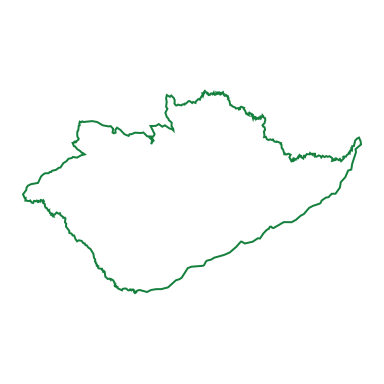 Orocué, Casanare, Colombia (Robinson projection)
{"feature_id": "7082276B28249229297744", "entity_name": "Orocué", "entity_type": "district", "adm_level": 2, "iso_a3": "COL", "parent_name": "Colombia", "parent_adm1": "Casanare", "projection": "robinson", "projection_center": [-71.616, 4.911], "detail": "fine", "context": "isolated", "style": "outline", "palette": "green", "viewbox_px": 384, "rotation_deg": 0, "n_neighbors": 0, "source": "geoboundaries", "source_scale": "gbopen_adm2", "svg_char_len": 5931}
<svg xmlns="http://www.w3.org/2000/svg" viewBox="0 0 384 384"><path d="M161.3,289.1L168.0,287.4L175.9,280.3L179.4,279.2L181.7,277.7L187.8,268.1L191.5,266.7L202.9,265.8L204.1,265.1L206.0,261.4L207.1,260.6L211.2,259.6L214.2,257.7L223.9,255.0L229.7,252.5L236.2,246.9L240.8,241.7L241.9,241.7L244.8,243.5L252.7,241.7L257.8,238.3L260.0,238.5L263.4,233.4L266.7,229.9L268.8,228.8L269.8,226.8L271.2,226.7L272.3,227.8L273.6,228.0L283.8,222.1L291.6,222.2L296.0,219.8L300.8,215.6L303.8,214.1L309.1,207.9L313.1,205.8L319.6,203.7L320.6,202.9L321.7,200.5L325.9,197.6L328.5,197.2L331.7,193.8L335.5,193.7L339.9,187.6L340.8,182.1L345.3,177.2L348.1,170.6L351.3,169.5L352.2,163.8L356.0,152.1L355.5,149.2L361.0,144.5L360.6,141.2L359.0,137.6L357.0,138.6L355.2,140.5L353.9,146.0L352.2,146.2L352.0,149.4L351.4,148.9L351.5,150.3L350.9,149.9L349.9,151.1L350.0,152.1L349.2,152.4L349.5,153.4L348.8,153.2L348.8,153.7L346.9,155.0L346.0,156.6L343.4,156.6L343.2,156.9L344.3,157.3L343.9,158.3L341.1,161.2L339.9,159.0L338.9,160.2L336.1,158.4L335.6,160.0L334.4,160.2L334.0,159.1L333.1,159.7L333.2,160.6L332.1,160.9L332.4,159.8L332.0,157.9L329.4,156.2L327.9,156.8L326.2,156.1L324.6,157.1L322.7,155.8L321.3,157.5L320.4,156.1L318.9,155.4L316.6,156.6L315.0,156.6L315.0,153.8L312.9,153.8L312.8,155.0L310.1,153.0L309.8,154.3L306.8,154.1L306.0,155.3L305.0,155.6L305.0,156.8L303.8,156.1L303.3,158.5L301.1,157.1L301.1,155.9L299.7,155.3L299.6,156.7L299.0,156.9L299.0,155.7L298.1,156.6L298.1,158.2L297.4,158.1L294.5,160.2L294.4,158.6L293.5,158.3L293.1,159.2L293.9,159.6L292.4,159.7L292.6,161.2L291.5,161.4L289.4,157.2L290.6,154.7L288.4,153.7L286.4,154.5L284.5,154.3L284.8,153.5L284.2,153.4L283.0,149.4L281.8,148.3L281.4,144.5L280.6,143.9L281.0,143.1L276.8,141.5L276.3,142.0L274.4,141.5L273.0,139.6L272.6,140.2L270.1,139.4L268.6,140.0L266.9,139.2L265.8,136.8L264.1,137.1L264.4,135.0L263.9,131.5L265.0,130.0L264.8,127.9L263.8,126.6L263.2,126.6L262.5,125.3L264.5,123.1L265.3,120.2L265.1,118.2L262.9,117.0L263.2,116.1L262.5,115.3L262.3,116.5L260.8,116.4L260.8,117.9L260.1,117.4L259.9,118.5L258.8,117.6L258.1,117.9L258.1,118.7L256.4,118.0L256.4,119.1L255.7,119.5L254.3,117.5L254.8,116.9L253.6,116.7L253.1,118.5L252.6,116.7L252.9,115.2L251.6,115.5L251.9,114.1L250.8,113.5L249.4,113.8L249.7,112.9L249.3,112.6L248.5,113.8L248.0,113.7L248.5,115.0L246.2,113.8L245.1,110.6L243.6,108.8L244.1,107.9L241.1,106.7L240.3,107.3L240.0,109.1L239.0,109.5L238.6,108.1L235.9,108.5L235.4,107.6L232.3,106.3L231.6,105.3L230.3,105.1L229.4,100.9L228.0,99.2L228.6,98.2L227.9,97.6L228.0,96.4L227.2,96.4L226.9,95.0L226.7,95.8L225.9,94.9L225.0,95.9L224.5,95.7L223.6,94.6L223.8,93.7L223.0,93.2L222.9,92.2L221.5,93.0L221.3,94.1L220.3,94.6L219.6,94.0L220.4,93.0L219.4,92.4L218.6,93.1L218.1,91.7L218.0,92.4L217.4,92.5L217.4,93.4L216.4,92.8L216.6,94.1L215.0,94.8L214.2,93.4L213.9,94.2L213.3,94.1L213.3,93.1L212.5,94.3L211.4,93.4L210.7,93.6L209.9,94.9L209.1,95.1L208.1,93.7L207.9,94.2L207.4,93.6L207.9,92.2L206.9,93.3L204.9,90.9L203.9,92.1L204.0,93.3L202.4,93.3L203.3,95.0L203.0,95.9L202.7,95.1L202.2,95.2L200.1,98.8L199.8,97.9L199.9,99.5L198.2,99.2L195.6,101.8L195.5,102.9L193.0,102.0L192.2,103.0L189.7,101.1L188.5,101.2L185.8,103.7L184.8,103.7L184.5,104.6L183.0,104.2L181.3,105.4L178.0,104.6L176.8,105.5L175.8,105.3L174.5,103.6L174.7,100.2L173.9,98.2L171.2,95.5L169.9,96.8L166.8,95.1L166.1,98.5L166.7,101.9L166.1,106.8L167.4,108.7L165.4,112.8L166.8,117.0L168.3,118.5L168.8,120.1L171.7,122.6L171.5,126.1L173.2,128.8L173.4,130.5L172.2,129.3L169.4,128.4L164.9,125.3L162.3,126.7L158.8,124.1L155.8,125.9L150.6,126.0L154.6,134.1L154.1,135.4L151.9,137.8L153.6,140.7L152.3,141.9L151.2,144.2L152.2,140.3L149.5,137.5L151.1,136.5L147.2,136.3L143.4,132.5L141.0,133.0L134.9,132.7L131.5,134.2L129.6,134.2L128.6,135.9L124.4,134.2L120.5,130.0L117.0,127.7L115.3,129.9L115.6,132.6L113.9,133.3L112.6,132.6L113.1,128.7L110.6,126.1L108.6,126.4L102.7,125.3L97.1,122.0L92.1,121.1L83.4,122.0L82.2,121.4L81.0,122.3L79.8,121.7L79.3,123.5L79.7,125.3L78.8,125.7L78.2,130.6L77.4,131.3L77.2,134.9L77.5,136.9L78.7,138.7L78.5,139.5L76.5,141.2L74.9,141.6L75.5,142.3L72.6,142.9L73.9,146.1L74.9,146.3L77.4,149.3L80.3,151.1L81.9,152.9L82.7,152.9L84.7,154.4L80.9,155.4L77.1,157.6L72.8,157.0L71.8,158.0L68.4,158.8L66.6,161.1L63.3,163.2L60.5,167.5L58.6,167.9L56.1,169.8L52.0,170.8L51.1,172.0L49.6,172.1L48.6,173.2L45.1,173.3L43.6,174.1L41.1,176.4L38.0,182.9L30.9,184.2L27.8,185.8L26.5,187.8L26.3,189.9L23.0,194.4L24.7,198.0L25.6,197.9L25.4,199.2L26.1,200.0L25.6,200.6L29.2,201.1L30.2,200.5L31.7,202.6L33.1,203.0L34.0,200.9L35.7,201.3L36.7,200.6L38.0,202.1L38.6,201.9L38.7,201.0L40.4,201.6L40.7,200.0L41.9,200.3L42.8,201.4L43.4,200.5L44.0,201.6L43.1,202.9L44.8,204.1L45.0,206.3L45.6,207.7L46.6,207.9L48.2,210.5L49.0,210.1L48.8,211.0L49.4,211.2L50.0,213.1L52.0,213.6L51.1,214.8L52.2,215.2L53.0,216.4L53.5,216.5L53.1,215.8L53.9,214.7L54.6,214.7L56.6,212.5L58.6,213.7L59.9,213.2L60.6,215.2L63.0,216.9L63.2,217.8L64.9,217.7L65.4,218.4L65.0,222.3L66.2,223.7L66.0,226.6L69.3,230.9L69.3,232.9L71.5,233.6L72.7,235.5L74.1,235.4L75.6,239.3L77.1,241.3L78.7,240.3L81.7,240.9L83.4,243.3L84.6,243.3L85.5,245.2L86.7,245.3L88.5,247.8L90.3,248.8L93.4,253.8L94.0,257.8L95.2,259.5L95.0,261.6L95.8,262.1L95.9,263.6L96.9,264.4L96.8,265.9L98.3,266.2L98.0,267.7L99.1,268.5L102.0,268.8L101.9,269.8L102.6,270.0L103.1,271.7L103.9,271.2L104.1,272.0L104.7,272.0L105.3,276.6L107.7,278.9L109.7,278.7L110.7,279.9L111.0,279.1L112.8,280.0L114.1,281.7L114.2,282.7L115.3,283.6L114.6,285.5L114.8,286.2L115.3,286.3L115.3,285.7L115.7,286.4L116.2,286.0L116.8,287.0L116.6,286.4L117.4,287.0L117.0,287.4L117.9,288.4L122.0,290.3L122.4,289.2L123.3,288.7L126.0,288.5L128.2,290.3L129.9,290.2L130.2,289.5L131.3,290.3L131.8,289.6L132.9,290.1L133.2,289.6L133.8,290.0L134.2,292.3L135.0,293.1L135.5,292.8L134.5,292.1L135.2,291.7L135.8,292.2L135.4,291.7L136.4,291.7L136.6,291.0L138.5,290.2L140.1,290.1L147.0,292.0L151.1,290.0L156.4,289.1L161.3,289.1Z" fill="none" stroke="#15803d" stroke-width="2"/></svg>